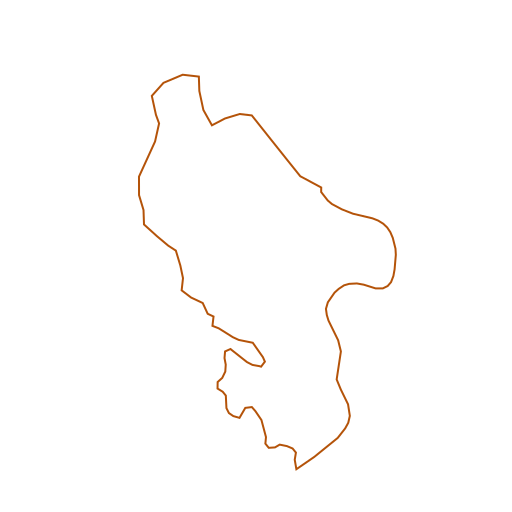 the district of Kumchon, Hwanghae-bukto, North Korea, rotated 321°
{"feature_id": "82179303B1083832537536", "entity_name": "Kumchon", "entity_type": "district", "adm_level": 2, "iso_a3": "PRK", "parent_name": "North Korea", "parent_adm1": "Hwanghae-bukto", "projection": "robinson", "projection_center": [126.491, 38.201], "detail": "fine", "context": "isolated", "style": "outline", "palette": "amber", "viewbox_px": 512, "rotation_deg": 321, "n_neighbors": 0, "source": "geoboundaries", "source_scale": "gbopen_adm2", "svg_char_len": 1527}
<svg xmlns="http://www.w3.org/2000/svg" viewBox="0 0 512 512"><g transform="rotate(321 256 256)"><path d="M349.8,243.8L340.6,221.9L340.7,201.7L340.9,175.8L341.2,144.1L332.7,135.4L318.4,129.6L304.0,126.7L307.0,109.4L315.8,92.1L324.5,80.6L313.1,69.0L293.1,63.2L275.8,66.0L267.1,83.3L264.1,92.0L249.6,103.5L232.3,112.1L215.0,120.7L203.4,135.1L197.5,149.5L188.8,161.0L191.5,178.3L194.3,192.7L197.1,201.4L191.2,215.8L185.3,227.3L176.6,235.9L179.4,247.4L185.0,259.0L182.1,270.5L184.9,276.3L178.2,282.9L181.5,288.7L186.9,304.5L189.8,310.4L198.9,321.4L197.7,339.0L196.4,343.7L190.3,345.2L189.3,343.7L184.7,338.4L182.2,332.7L177.6,312.2L171.9,310.7L167.3,315.5L164.1,321.4L159.4,326.5L153.0,329.5L146.9,329.8L142.7,334.8L144.7,340.5L144.7,345.5L137.3,355.6L136.1,361.0L137.6,366.1L141.3,371.4L152.1,367.3L157.7,370.8L157.9,376.2L157.0,386.9L149.8,403.0L146.7,406.2L145.2,407.7L145.2,413.1L150.3,416.7L155.7,417.5L160.4,423.2L163.3,428.6L163.3,433.9L157.9,438.7L153.2,447.1L174.8,448.8L191.9,448.8L205.0,448.8L216.8,446.1L222.7,443.7L228.3,439.3L234.2,429.2L237.9,413.1L241.0,402.7L261.9,383.6L266.8,373.2L271.7,351.8L273.9,346.4L277.1,341.1L282.7,337.2L294.0,333.9L299.6,333.6L306.0,334.2L310.9,336.3L317.1,340.8L321.7,346.1L328.6,356.5L334.2,361.0L337.3,361.7L339.4,362.2L344.5,361.3L350.2,358.0L355.3,353.6L365.4,343.1L369.0,338.1L373.7,328.0L375.4,322.0L375.9,316.4L375.2,311.0L373.2,305.3L370.2,300.0L358.0,284.2L352.1,273.8L347.7,263.4L346.7,258.0L346.9,247.3L349.8,243.8Z" fill="none" stroke="#b45309" stroke-width="2"/></g></svg>